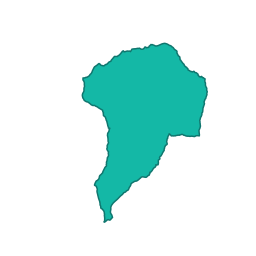 the district of Langthil, Tongsa, Bhutan, rotated 302°
{"feature_id": "84629894B85731212133965", "entity_name": "Langthil", "entity_type": "district", "adm_level": 2, "iso_a3": "BTN", "parent_name": "Bhutan", "parent_adm1": "Tongsa", "projection": "orthographic", "projection_center": [90.569, 27.339], "detail": "fine", "context": "isolated", "style": "filled", "palette": "teal", "viewbox_px": 256, "rotation_deg": 302, "n_neighbors": 0, "source": "geoboundaries", "source_scale": "gbopen_adm2", "svg_char_len": 5910}
<svg xmlns="http://www.w3.org/2000/svg" viewBox="0 0 256 256"><g transform="rotate(302 128 128)"><path d="M43.8,162.3L44.1,162.1L45.6,160.4L46.5,158.5L47.0,158.0L47.6,157.5L50.2,156.4L51.2,155.6L52.4,155.2L54.0,155.0L56.5,155.2L58.5,155.7L62.2,156.8L65.7,157.5L67.7,158.1L68.6,158.5L70.9,158.7L72.4,159.8L74.1,160.1L75.1,160.9L76.4,161.0L78.2,160.6L80.0,160.7L81.0,160.6L82.2,160.2L83.0,160.3L85.9,161.7L86.7,162.3L87.5,163.3L87.9,163.6L89.8,164.4L91.1,164.7L92.2,165.1L93.3,165.3L93.7,165.6L94.1,165.9L94.5,166.6L95.5,169.0L96.0,169.6L96.4,169.8L97.9,170.1L99.2,170.9L99.7,170.9L100.1,170.6L100.9,170.7L101.5,170.5L101.9,170.1L102.1,170.1L102.5,170.5L103.0,170.8L104.5,171.0L107.2,171.0L108.0,171.2L109.0,171.7L109.3,171.8L110.9,171.7L111.2,171.6L111.5,171.3L112.4,172.6L112.7,172.9L112.9,172.9L113.3,172.8L113.7,172.4L114.4,172.4L115.7,171.4L116.2,171.2L116.8,170.8L117.0,170.8L118.1,171.3L118.6,171.4L119.0,171.2L119.4,170.6L119.7,170.4L121.0,170.3L121.6,170.7L122.0,170.8L122.9,170.7L124.3,170.7L125.0,170.5L126.6,170.5L127.1,170.4L127.8,170.6L128.4,170.4L128.9,170.0L129.8,169.7L130.3,169.7L131.2,169.2L132.1,169.2L132.7,169.1L133.3,169.1L134.1,169.6L134.8,169.8L135.5,169.5L136.3,168.6L137.2,167.8L138.1,167.6L139.3,167.0L140.3,167.1L140.9,166.7L141.5,166.6L142.0,166.3L143.3,166.4L144.8,166.1L144.9,166.6L144.8,167.2L144.7,167.8L144.3,168.6L144.4,169.2L144.5,169.4L144.8,169.6L145.4,170.8L146.1,171.7L146.4,172.3L146.9,172.5L147.7,173.5L148.3,174.0L148.8,174.8L149.1,175.4L149.6,175.5L150.0,176.2L150.8,176.7L151.2,177.1L151.5,177.9L151.4,179.0L151.8,180.0L152.0,181.5L152.8,183.2L153.3,183.9L153.7,185.0L154.7,186.1L155.1,186.9L155.8,188.6L156.1,189.1L157.2,189.6L157.6,190.0L158.3,190.9L158.9,192.2L159.2,192.6L160.2,192.1L161.5,191.0L163.5,189.5L164.4,189.3L165.9,189.1L167.8,188.5L168.1,188.4L168.7,187.8L170.3,186.6L170.5,186.3L171.5,185.7L172.1,185.1L172.5,184.8L173.5,184.6L175.6,183.9L176.4,184.0L177.9,183.7L178.6,183.5L179.7,182.7L180.6,182.9L181.6,182.6L184.5,181.1L189.1,180.0L189.8,179.2L190.6,178.6L191.5,178.5L192.4,178.3L192.9,178.0L193.9,178.3L194.6,178.2L195.5,177.8L198.1,177.3L198.6,176.8L199.3,176.4L200.4,176.1L200.8,175.9L201.2,175.5L201.5,174.9L201.7,174.7L203.2,173.9L203.5,173.6L203.8,173.2L204.1,172.5L205.3,171.0L207.1,169.9L207.4,169.6L207.7,168.9L208.0,168.7L208.5,168.4L209.1,167.9L210.2,167.5L210.5,167.2L210.4,165.9L210.6,165.3L210.2,164.5L210.4,163.9L210.6,163.7L210.7,163.1L210.5,162.8L209.8,162.6L209.6,161.9L209.4,161.6L209.3,161.2L209.7,160.4L209.8,159.6L210.7,158.9L211.0,157.0L211.0,156.6L210.9,156.2L210.6,155.5L210.5,155.2L211.0,154.1L211.0,153.9L210.7,153.5L209.8,153.0L209.6,152.7L209.5,151.8L209.3,151.5L209.1,151.1L209.2,150.2L209.3,149.8L209.1,149.0L209.1,148.2L209.3,147.9L209.8,147.6L210.0,147.3L210.1,146.4L210.5,145.7L210.5,144.7L210.4,144.3L210.6,143.8L210.7,143.2L210.9,142.7L211.6,141.8L211.8,141.4L211.8,140.7L213.1,137.3L213.4,137.0L213.4,136.4L213.6,135.9L214.4,135.4L214.7,134.9L215.3,134.5L215.5,134.5L215.9,133.7L215.8,133.2L215.8,132.7L216.3,131.8L217.0,130.7L217.5,129.8L217.6,129.6L218.5,129.3L219.1,128.6L219.2,128.3L219.3,126.1L219.5,125.2L220.1,123.8L220.2,122.7L220.1,122.2L220.3,121.8L220.4,121.3L220.4,120.5L220.0,119.3L220.1,118.0L219.9,117.2L220.0,116.8L219.4,114.6L219.2,114.2L218.7,113.6L217.4,112.3L214.0,110.0L212.8,108.9L212.1,107.8L212.0,106.4L211.7,105.0L211.6,104.4L211.1,103.9L211.0,103.3L210.1,103.1L208.5,102.6L207.7,102.8L207.2,102.6L205.8,101.0L206.0,100.1L205.7,99.5L205.4,99.4L204.1,99.4L202.9,98.9L202.4,98.4L202.1,98.0L201.8,97.0L201.8,96.5L201.8,95.5L201.3,95.0L200.6,93.9L199.0,92.2L198.2,91.0L197.0,89.6L194.2,89.6L194.0,88.4L193.4,87.7L192.9,86.6L191.7,85.5L190.8,84.7L190.6,84.2L190.8,83.8L190.9,83.1L190.6,82.9L189.9,82.6L187.0,82.3L186.0,82.1L185.6,82.1L185.1,81.9L184.3,81.4L183.7,81.2L183.1,81.2L181.5,78.6L176.5,77.9L175.6,78.1L173.6,76.8L172.1,76.6L170.6,76.2L170.4,75.7L169.1,75.0L168.0,74.7L167.4,73.6L167.3,72.9L167.0,72.3L166.9,71.4L167.3,70.7L167.3,69.7L167.3,69.3L166.6,68.9L165.1,68.5L162.1,67.2L160.8,67.2L158.9,67.4L157.8,67.5L156.0,67.9L154.7,67.9L153.3,67.5L151.8,67.5L149.1,66.3L148.9,65.6L148.0,65.1L147.4,64.5L146.6,63.4L145.7,63.8L144.9,64.4L144.6,64.9L144.4,65.6L143.3,67.0L141.7,67.9L140.3,69.1L138.6,69.5L137.5,70.1L136.7,70.7L136.0,71.0L135.2,71.2L133.2,71.3L131.7,71.8L130.5,72.8L129.5,73.9L129.0,75.1L128.3,76.1L128.2,76.5L128.2,78.8L128.7,80.0L128.7,81.3L128.5,83.1L128.2,84.6L128.5,86.4L129.3,87.4L129.4,87.9L129.4,89.2L129.7,90.9L129.5,92.0L129.6,97.0L128.3,98.2L128.1,98.9L127.9,99.1L127.2,99.3L126.9,99.7L126.0,100.2L125.6,100.6L125.5,100.8L125.3,102.6L125.1,103.1L123.8,104.7L123.1,105.4L122.7,106.1L122.2,106.8L121.6,107.3L120.7,108.3L119.3,109.6L118.8,110.2L118.5,110.7L117.6,111.5L118.1,112.6L117.9,112.8L116.6,112.9L115.2,113.6L112.9,113.6L112.2,113.8L111.3,114.3L110.8,114.5L109.7,115.6L108.1,116.9L107.0,117.6L106.0,118.3L105.4,119.1L105.1,119.3L104.4,119.4L102.1,119.6L100.6,120.6L100.4,120.8L99.3,121.0L98.7,121.5L97.9,122.8L97.5,124.1L97.0,124.3L96.3,124.5L95.0,125.6L94.6,125.9L94.2,126.1L93.5,126.3L92.0,126.2L89.2,127.5L87.6,127.8L86.4,128.7L85.7,128.8L85.5,129.0L84.6,129.7L84.2,129.8L82.8,129.4L81.7,129.4L81.0,129.5L79.0,129.7L77.9,129.8L76.5,130.2L74.0,129.7L73.2,129.4L72.4,129.3L71.3,129.6L70.4,130.0L69.7,130.2L68.7,130.1L67.3,129.8L66.4,129.2L65.1,129.2L63.6,129.4L61.9,129.8L61.7,130.2L61.8,131.4L61.7,132.1L61.1,132.8L60.7,133.3L60.1,134.2L59.8,134.4L58.1,135.1L57.3,135.7L52.6,140.5L51.9,141.4L50.8,142.8L49.3,144.2L48.1,145.0L47.8,145.3L47.3,146.2L46.3,146.9L45.6,147.6L45.5,147.8L45.7,148.6L45.7,148.8L45.4,149.5L45.2,150.4L44.7,151.6L44.1,152.4L43.1,153.1L42.5,153.8L41.6,154.1L39.6,155.7L38.6,156.4L36.7,157.4L36.1,157.4L35.7,157.4L35.6,157.7L35.7,157.9L35.9,158.1L38.1,158.9L38.8,159.0L39.3,159.3L39.8,159.8L40.1,161.1L40.3,161.4L40.8,161.7L41.6,161.9L42.1,161.8L42.6,161.9L43.8,162.3Z" fill="#14b8a6" stroke="#0f766e" stroke-width="1.5"/></g></svg>